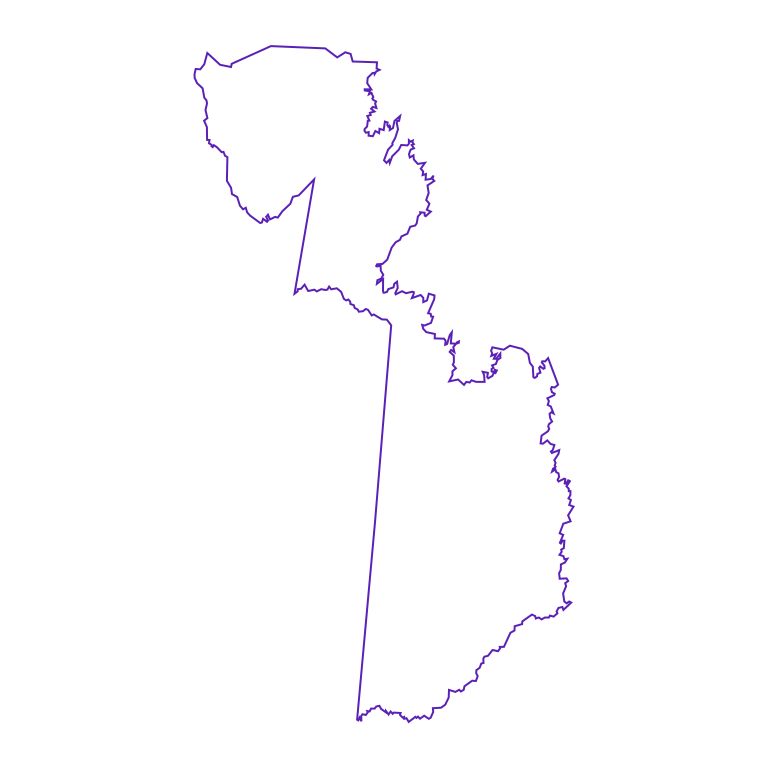 the district of Santo Antônio do Leverger, Mato Grosso, Brazil
{"feature_id": "56859067B54775252646208", "entity_name": "Santo Antônio do Leverger", "entity_type": "district", "adm_level": 2, "iso_a3": "BRA", "parent_name": "Brazil", "parent_adm1": "Mato Grosso", "projection": "equal_earth", "projection_center": [-55.385, -16.535], "detail": "fine", "context": "isolated", "style": "outline", "palette": "violet", "viewbox_px": 768, "rotation_deg": 0, "n_neighbors": 0, "source": "geoboundaries", "source_scale": "gbopen_adm2", "svg_char_len": 6093}
<svg xmlns="http://www.w3.org/2000/svg" viewBox="0 0 768 768"><path d="M358.3,720.4L359.6,717.6L361.4,721.3L361.2,716.0L362.5,714.2L365.8,715.0L367.9,712.2L367.3,711.1L369.7,711.4L371.0,708.6L374.6,708.6L376.3,706.5L379.4,705.8L381.1,708.9L385.8,712.3L385.9,710.9L388.6,714.5L390.6,711.5L392.7,713.8L393.7,712.6L400.6,713.0L400.0,714.8L400.9,715.9L402.9,717.7L404.1,717.0L404.3,718.8L406.5,718.2L408.7,721.9L415.4,716.8L416.5,717.9L418.0,716.6L420.0,718.7L424.2,715.7L428.8,718.8L430.6,717.8L433.2,712.0L432.9,708.2L441.1,707.7L445.3,704.6L448.7,697.6L449.0,689.9L455.4,691.9L459.2,689.8L460.9,691.5L463.7,689.8L464.5,686.2L472.2,680.7L475.9,681.0L477.7,676.1L476.2,673.2L476.4,670.1L479.6,667.9L481.3,663.5L483.5,663.0L483.3,658.6L484.4,656.7L488.0,655.8L492.5,650.0L498.0,651.2L500.1,648.3L499.8,646.9L503.9,646.9L510.4,632.8L514.5,630.5L514.7,626.2L522.1,624.1L522.3,621.4L531.9,614.6L535.2,616.1L535.8,618.5L538.8,617.5L541.6,619.4L544.9,617.5L548.9,617.5L549.9,615.6L553.6,616.6L557.4,613.3L556.6,611.5L558.5,607.9L562.4,607.0L563.4,609.9L571.2,602.6L569.2,601.5L566.7,603.3L564.3,601.5L563.1,593.5L566.1,586.2L565.2,583.2L568.2,581.0L566.6,578.4L559.7,578.7L559.1,573.2L560.8,569.9L560.9,564.4L564.8,562.6L567.4,558.7L564.4,559.2L563.5,556.2L559.5,554.8L561.7,551.8L561.2,549.6L563.8,548.2L564.4,540.7L562.7,540.6L560.9,543.5L559.9,542.8L563.2,534.9L559.7,533.3L563.3,523.7L570.6,521.3L568.1,515.3L573.5,506.6L569.2,505.0L570.9,500.0L568.5,498.4L570.4,495.0L570.4,491.1L568.8,491.1L568.7,488.6L566.5,486.3L569.9,481.2L568.2,480.3L566.0,483.7L564.7,483.5L565.3,479.1L564.2,478.7L558.5,481.5L557.6,479.9L559.1,476.8L558.5,473.3L556.2,472.2L555.4,469.4L552.1,471.6L553.0,468.8L555.6,466.7L554.7,465.4L555.6,462.8L554.3,460.2L558.5,453.8L559.2,450.1L551.9,453.0L550.9,451.5L552.7,450.2L554.4,445.0L550.5,443.9L547.3,440.4L542.9,443.7L540.6,443.4L541.6,435.6L547.9,431.3L549.2,428.8L548.2,426.5L548.9,424.2L552.1,421.5L550.2,418.3L549.6,413.8L551.4,412.2L553.5,413.4L550.8,406.5L547.7,404.9L548.9,401.1L547.4,398.3L554.3,395.0L554.7,393.7L551.9,392.2L551.0,388.7L551.8,387.0L554.7,387.5L558.1,384.7L548.1,358.1L545.2,361.4L542.3,361.3L541.8,362.5L544.4,365.7L544.6,368.2L543.4,368.8L540.2,366.4L539.1,367.9L540.4,372.7L537.4,373.9L537.0,376.4L534.7,377.9L533.4,377.2L532.8,366.6L529.9,362.9L528.2,354.0L522.2,348.9L509.9,345.7L503.7,349.7L492.4,347.3L491.1,350.7L492.2,353.4L491.3,355.9L496.4,353.9L493.8,358.7L496.2,358.8L500.3,353.6L500.4,358.0L497.4,359.9L495.9,364.0L492.1,365.4L493.4,367.8L491.6,369.0L491.6,371.4L494.0,372.4L492.4,375.9L488.2,378.3L487.2,377.0L487.9,372.8L482.7,371.8L484.1,375.0L484.6,381.9L476.2,381.9L471.5,380.3L469.7,382.5L466.3,381.9L464.0,384.9L458.1,379.5L449.2,381.4L452.5,375.0L452.4,371.4L455.9,368.3L452.8,364.8L453.9,362.3L453.8,355.6L449.7,351.9L451.2,349.9L454.4,352.2L453.3,347.0L456.2,343.7L450.8,343.4L451.8,332.3L449.8,335.0L447.1,344.0L445.2,344.8L445.6,340.8L444.1,338.7L434.7,338.4L434.9,334.0L426.3,332.1L423.3,328.9L422.2,324.9L424.6,325.5L431.0,322.9L433.1,316.7L431.2,316.5L430.7,313.8L428.1,313.2L434.2,299.2L434.5,295.4L428.8,293.7L427.0,300.4L423.3,302.1L423.3,297.9L420.7,295.0L411.9,298.1L413.7,293.8L413.8,292.2L412.5,291.7L405.9,293.2L402.1,291.2L395.7,294.3L395.3,293.0L397.7,288.0L397.0,281.7L394.3,283.8L393.5,287.4L388.3,289.1L387.0,291.9L384.8,292.6L383.5,292.7L383.0,291.0L383.1,279.1L376.9,283.8L377.4,280.2L381.2,278.6L383.3,274.8L380.8,270.7L380.6,265.7L377.0,266.5L376.2,266.0L377.0,264.3L382.5,263.9L387.2,259.7L391.7,247.5L395.7,242.2L399.9,239.9L401.5,236.4L407.4,233.7L410.2,226.8L415.2,225.5L416.7,223.4L417.9,216.5L420.6,213.5L420.2,212.3L424.6,212.7L424.7,215.6L425.7,216.2L430.8,211.6L426.8,209.8L429.4,203.7L426.2,200.0L428.7,193.0L427.5,185.4L434.3,180.9L432.3,178.8L433.6,175.6L430.7,179.0L425.6,179.7L425.9,174.0L422.6,175.1L423.2,171.5L420.8,168.7L425.0,162.8L417.8,163.9L413.8,159.4L413.5,155.3L409.8,157.5L409.0,154.3L409.8,151.6L410.8,149.5L414.0,148.3L411.7,145.0L413.8,144.1L412.4,142.1L412.8,140.6L410.5,141.6L408.9,140.2L408.9,143.7L407.4,145.4L401.2,145.0L398.8,149.7L392.2,156.3L389.8,162.9L389.2,160.0L386.5,162.9L384.0,160.3L388.1,149.6L392.6,144.8L392.3,143.2L395.2,138.0L398.0,129.3L396.7,122.7L397.3,121.0L399.1,120.8L400.1,116.0L394.5,120.9L393.0,128.0L389.8,130.0L390.1,126.5L389.5,125.6L388.4,126.9L387.3,125.1L387.6,122.5L384.9,121.6L383.7,130.1L379.5,128.8L379.1,133.1L375.4,131.0L372.8,136.2L368.6,135.7L368.7,132.1L365.9,132.7L364.5,130.8L364.6,129.1L367.1,126.5L367.8,120.8L369.4,120.6L367.3,116.0L370.7,115.0L369.9,112.8L374.5,111.5L371.1,108.7L372.8,106.9L376.4,108.0L375.1,103.5L376.1,101.5L373.0,99.7L372.3,98.5L373.3,97.1L371.5,92.9L368.9,94.3L369.9,91.2L364.8,90.5L364.7,89.3L371.3,89.4L367.2,83.2L367.7,77.8L372.6,73.0L374.4,72.8L374.6,74.1L376.3,71.4L379.5,69.9L376.6,68.5L377.0,62.3L352.7,61.5L350.6,53.9L345.3,52.3L337.2,57.4L325.3,48.4L270.9,46.1L231.7,63.8L231.0,67.0L220.1,64.8L207.3,53.0L204.3,64.2L200.3,69.3L195.7,69.0L194.5,74.4L194.7,78.1L197.1,83.2L202.6,88.3L204.3,97.7L206.5,100.4L207.0,103.5L205.5,110.0L207.4,118.1L204.1,120.7L206.9,127.1L207.1,139.9L209.5,140.0L209.0,143.3L211.6,144.8L211.5,146.2L212.7,147.1L213.9,145.2L216.7,147.0L221.7,152.2L223.5,151.9L225.0,155.7L227.4,157.1L226.9,180.8L231.1,187.9L232.0,194.1L237.2,197.0L239.9,205.6L243.0,209.3L245.8,207.8L247.1,212.3L250.1,215.6L260.2,223.0L261.9,222.5L263.1,218.8L267.0,221.8L268.0,220.7L266.2,216.8L268.0,214.7L270.0,219.4L275.1,216.9L277.8,217.6L282.4,211.2L290.3,203.8L292.9,196.8L298.7,195.4L314.1,179.4L294.5,293.8L297.6,291.4L297.8,289.2L301.0,288.8L304.6,284.7L308.2,291.0L314.4,289.7L316.8,291.4L321.2,289.2L325.6,290.0L327.4,289.6L329.1,286.6L331.2,289.3L336.8,288.3L341.1,291.8L343.9,298.9L346.2,300.4L348.3,299.5L350.2,301.6L350.4,304.0L353.8,305.2L354.7,308.0L357.7,309.5L358.8,311.7L363.0,311.2L365.7,309.0L368.0,309.8L371.7,315.4L373.8,314.5L382.0,319.4L386.8,319.6L391.2,325.3L375.0,522.2L357.1,719.7L358.3,720.4ZM494.0,372.4L494.7,369.7L496.8,370.5L495.4,373.1L494.0,372.4ZM456.2,343.7L458.8,342.8L458.9,341.4L456.9,342.4L456.2,343.7Z" fill="none" stroke="#5b21b6" stroke-width="2"/></svg>